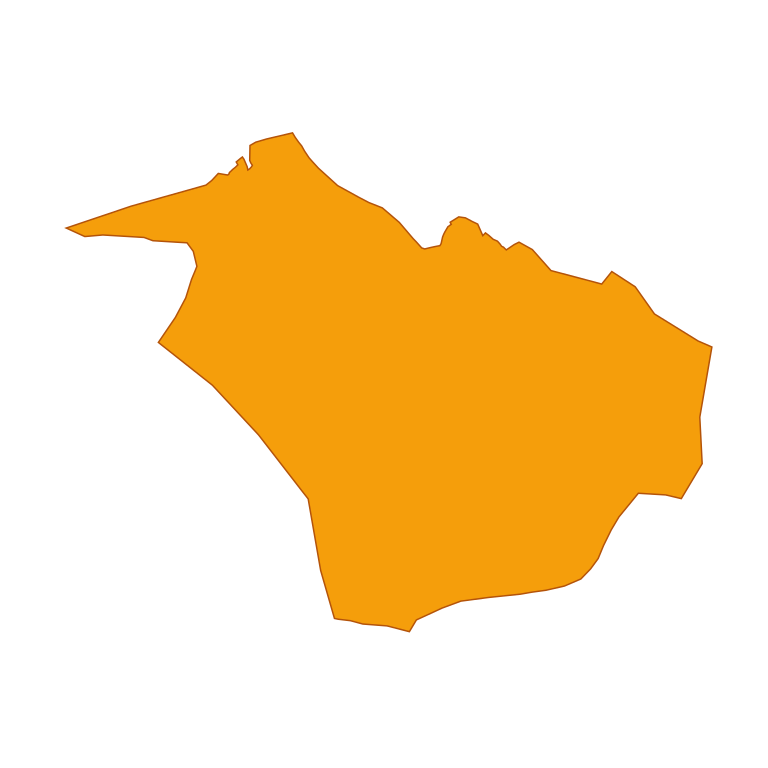 Okene, Kogi, Nigeria, rotated 3°
{"feature_id": "59680162B23991224305955", "entity_name": "Okene", "entity_type": "district", "adm_level": 2, "iso_a3": "NGA", "parent_name": "Nigeria", "parent_adm1": "Kogi", "projection": "natural_earth1", "projection_center": [6.212, 7.522], "detail": "fine", "context": "isolated", "style": "filled", "palette": "amber", "viewbox_px": 768, "rotation_deg": 3, "n_neighbors": 0, "source": "geoboundaries", "source_scale": "gbopen_adm2", "svg_char_len": 1653}
<svg xmlns="http://www.w3.org/2000/svg" viewBox="0 0 768 768"><g transform="rotate(3 384 384)"><path d="M279.5,138.0L253.8,145.5L243.3,149.2L237.7,152.8L238.2,167.8L239.4,170.2L241.1,172.5L240.2,174.2L238.6,176.1L236.8,177.4L236.0,174.2L232.4,166.9L230.7,164.7L228.9,166.2L224.8,170.0L226.6,172.8L224.2,175.4L221.7,177.6L218.5,181.0L218.3,182.2L217.0,183.5L207.5,182.4L201.3,189.8L195.8,194.7L122.0,219.7L58.5,244.9L77.5,252.4L95.4,249.9L95.7,249.9L109.3,250.0L123.0,250.1L136.7,250.2L145.7,253.0L166.2,253.2L179.9,253.3L186.6,261.5L191.0,276.3L189.4,281.0L186.3,289.7L181.5,308.4L172.2,328.4L156.5,354.3L212.7,394.2L261.4,441.4L292.6,477.6L306.9,494.2L314.3,502.7L330.5,573.5L346.8,620.7L350.6,621.3L362.8,622.1L375.4,624.8L399.7,625.4L422.3,630.0L428.7,617.9L453.8,604.7L472.1,596.8L499.5,591.7L531.4,586.7L542.8,584.1L556.5,581.5L574.8,576.3L590.8,568.4L600.0,557.8L607.0,547.1L611.7,533.8L618.6,517.7L625.6,504.4L643.7,479.8L671.0,480.0L686.9,482.9L705.9,446.9L701.1,400.6L709.5,329.9L695.4,324.6L650.4,299.9L629.8,273.8L605.6,259.8L596.2,272.8L544.8,262.0L525.1,242.0L511.4,235.3L506.8,237.9L499.1,243.7L497.7,242.5L496.2,241.1L494.2,240.3L492.6,238.2L489.8,235.4L485.5,233.8L481.0,230.2L477.4,227.8L474.9,230.7L469.2,219.4L463.6,217.1L456.6,213.8L449.9,213.2L441.6,219.0L442.8,221.0L439.6,223.6L436.8,229.0L435.8,231.3L434.8,234.2L433.7,240.8L432.6,242.9L427.7,244.1L423.3,245.3L417.6,247.0L414.5,246.1L408.6,240.2L405.6,237.4L390.8,221.8L373.1,208.2L359.4,203.6L348.3,198.5L327.3,188.3L307.2,171.9L300.9,165.7L297.2,161.9L292.5,155.6L289.3,150.5L286.2,147.1L282.4,142.3L279.5,138.0Z" fill="#f59e0b" stroke="#b45309" stroke-width="1.5"/></g></svg>